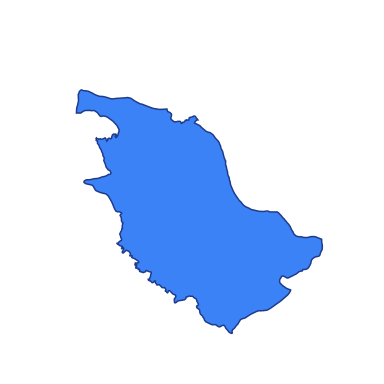 Logo Anseba, Gash Barka, Eritrea, rotated 151°
{"feature_id": "51966322B13118315425041", "entity_name": "Logo Anseba", "entity_type": "district", "adm_level": 2, "iso_a3": "ERI", "parent_name": "Eritrea", "parent_adm1": "Gash Barka", "projection": "orthographic", "projection_center": [38.674, 15.401], "detail": "fine", "context": "isolated", "style": "filled", "palette": "blue", "viewbox_px": 384, "rotation_deg": 151, "n_neighbors": 0, "source": "geoboundaries", "source_scale": "gbopen_adm2", "svg_char_len": 6060}
<svg xmlns="http://www.w3.org/2000/svg" viewBox="0 0 384 384"><g transform="rotate(151 192 192)"><path d="M220.7,52.4L217.9,53.7L216.3,54.1L211.6,56.8L210.1,56.9L206.7,56.1L200.0,56.6L193.1,56.2L191.2,55.8L189.6,54.8L187.4,53.9L187.0,53.5L186.3,53.4L184.7,52.6L182.8,52.2L179.4,52.3L167.1,53.7L158.1,55.6L155.4,56.8L153.6,58.0L153.2,58.6L155.3,60.9L156.1,62.0L158.2,66.4L159.1,69.7L159.0,70.8L158.0,72.5L157.4,73.1L155.7,73.9L154.8,74.7L153.8,74.7L152.9,74.2L152.2,73.4L150.8,71.0L150.2,70.5L149.4,70.2L140.5,69.8L137.0,70.4L135.5,70.1L133.7,69.5L132.8,70.4L129.9,69.2L128.5,69.0L127.1,69.2L124.0,71.0L122.6,72.1L120.9,74.2L119.0,75.2L116.0,75.5L112.2,74.4L111.1,74.6L108.4,77.1L106.3,78.4L105.8,79.0L104.5,81.0L103.7,82.6L103.0,85.0L101.5,87.8L105.9,93.2L107.8,94.4L109.8,95.4L112.7,96.1L114.6,97.0L116.6,98.3L117.7,99.5L119.7,100.7L121.3,102.0L122.3,103.1L123.3,105.9L123.0,108.1L123.2,110.8L122.9,114.2L123.1,116.9L123.7,119.1L124.0,121.6L124.5,123.0L124.5,124.1L124.7,124.3L125.1,125.8L125.6,128.9L125.9,129.5L126.3,131.5L127.1,133.2L133.5,136.8L134.8,138.5L136.4,139.4L138.6,140.1L142.7,142.6L148.8,148.1L149.6,149.6L152.1,153.0L153.2,155.0L153.9,158.2L154.0,159.5L154.8,161.8L155.5,169.2L155.5,172.8L154.8,179.5L153.5,183.2L153.6,183.8L152.4,186.9L152.6,187.5L152.3,189.7L151.8,191.1L151.4,191.7L150.6,194.9L149.5,198.2L149.7,198.9L148.0,202.2L147.5,202.7L147.6,203.3L147.2,206.6L145.5,212.9L145.6,213.5L145.4,216.6L144.6,218.8L144.7,220.0L144.3,221.8L144.5,224.5L144.8,225.2L145.4,227.7L145.8,231.6L146.8,234.1L147.6,235.4L149.3,236.9L150.5,238.8L152.4,243.9L152.9,246.1L154.8,249.0L156.1,250.6L156.3,251.2L156.1,251.5L154.0,252.4L152.6,252.5L151.9,252.2L152.1,253.9L152.4,254.6L152.4,256.3L152.7,256.9L153.5,257.6L155.9,257.6L157.4,258.2L158.1,258.2L158.7,258.1L159.3,257.1L159.9,256.6L160.9,256.8L161.5,257.7L162.4,257.5L163.0,258.0L163.7,257.5L165.1,257.1L165.8,257.0L166.4,257.5L168.0,257.1L168.2,257.5L167.9,258.4L168.2,259.6L170.2,260.7L171.3,260.9L173.5,261.9L175.0,265.5L174.8,266.5L174.6,267.1L173.5,268.1L172.5,269.3L172.2,270.4L172.8,272.3L174.2,274.0L174.2,274.7L173.7,276.8L176.5,278.0L180.4,280.0L185.3,283.8L188.9,287.9L193.1,293.0L194.8,294.4L197.9,299.3L199.9,303.3L200.9,304.5L202.6,305.9L204.7,306.7L212.9,310.6L216.3,311.9L218.1,313.2L220.8,316.2L223.6,318.7L226.7,320.7L229.5,323.9L231.1,326.6L233.8,330.3L235.2,331.5L237.7,333.2L239.3,335.0L241.6,334.6L244.3,332.3L247.1,326.7L250.3,323.1L252.1,321.4L254.8,317.1L251.0,315.0L248.1,315.3L246.5,315.2L245.6,314.9L242.0,313.0L240.1,311.6L238.3,310.9L237.8,310.3L236.3,307.5L235.6,303.0L235.0,302.2L232.5,301.4L230.6,299.7L229.6,298.3L226.8,292.3L225.4,286.6L225.5,282.4L226.2,280.6L227.7,279.4L229.3,277.6L230.6,276.8L232.0,276.4L232.3,276.9L232.2,277.9L231.9,278.2L230.6,278.3L230.5,279.5L230.9,279.8L231.4,279.8L232.1,280.5L232.6,280.7L233.0,280.3L233.6,280.6L233.9,280.5L235.4,279.2L236.4,278.0L237.0,277.8L237.4,278.1L238.3,279.2L239.3,279.3L240.0,279.2L240.5,278.3L241.9,277.8L241.8,279.5L241.5,280.5L241.8,281.5L244.4,281.6L245.4,281.9L246.5,283.1L248.1,283.3L248.3,284.1L249.4,285.1L249.4,285.6L249.9,285.4L250.1,285.2L250.3,283.7L250.8,283.4L250.2,282.5L250.2,281.9L251.0,280.7L251.1,279.9L250.7,278.5L251.2,275.5L251.0,272.6L251.3,271.8L251.6,268.3L252.3,266.9L252.2,264.3L253.9,262.3L254.3,258.7L255.0,255.3L254.6,252.1L253.5,250.6L253.5,248.1L254.4,247.3L255.3,247.2L256.4,247.8L258.3,247.7L260.1,247.8L263.5,248.8L267.4,249.4L271.3,251.1L275.2,252.2L278.5,253.9L280.8,253.9L281.8,253.0L281.5,251.9L280.7,250.6L276.1,246.5L275.6,245.3L275.6,240.8L275.2,239.5L272.8,236.4L270.7,234.3L268.2,232.1L267.2,229.2L267.1,226.7L267.0,222.3L267.9,214.7L267.8,212.1L266.6,210.6L265.6,210.3L264.8,209.5L263.8,208.0L263.8,207.4L265.6,206.9L266.3,206.3L266.2,204.4L266.9,202.4L267.7,201.0L267.8,200.0L267.3,198.6L267.4,198.3L268.1,198.0L268.5,197.1L269.4,196.3L270.1,195.2L270.1,194.4L270.3,194.1L271.2,193.9L272.2,192.5L273.6,191.8L275.7,190.1L275.6,188.9L276.2,187.3L276.6,184.3L277.2,183.9L278.3,184.0L280.3,183.7L281.4,182.9L282.2,183.5L282.5,183.5L282.5,182.8L281.0,179.9L279.3,178.3L279.5,177.8L280.8,177.1L280.9,176.5L280.2,176.2L279.2,176.5L278.9,176.2L279.1,175.7L279.9,174.8L282.1,173.4L282.3,172.6L281.9,172.1L281.4,172.0L277.9,172.9L277.5,172.8L277.0,171.9L276.3,171.3L275.8,170.1L275.7,168.1L275.9,167.7L277.3,166.4L277.0,166.0L275.4,165.4L275.3,165.1L276.4,163.9L276.3,163.6L274.7,161.8L272.5,157.6L272.6,156.4L273.1,156.2L274.4,156.5L275.9,157.4L276.3,156.8L276.9,156.6L277.2,155.5L276.7,155.1L275.8,155.3L275.7,155.0L276.1,154.6L277.0,154.3L277.2,154.0L277.0,153.5L277.2,153.3L277.5,153.4L278.0,153.0L277.9,152.5L276.8,152.1L276.5,151.8L276.5,150.2L275.8,150.2L275.4,149.8L275.7,148.6L276.2,148.2L276.2,147.8L273.6,145.1L272.9,145.1L271.2,144.8L270.6,145.5L270.0,145.6L268.6,143.6L266.5,141.6L266.8,140.9L267.9,140.0L269.4,138.1L270.9,137.1L271.5,136.4L272.6,136.9L272.8,136.5L272.8,135.9L272.2,134.9L271.4,134.2L270.8,132.0L269.8,131.7L267.7,132.4L267.4,132.2L267.2,131.8L267.9,130.8L268.0,130.0L267.7,129.1L267.8,128.5L267.6,127.5L265.9,127.1L265.5,126.7L264.5,123.0L263.5,122.1L262.5,121.7L262.1,121.0L262.2,119.1L263.2,118.6L263.3,118.2L262.8,117.2L262.5,115.9L262.3,115.7L261.9,115.8L260.3,117.0L259.6,116.7L259.1,115.8L258.6,113.4L258.0,111.8L256.6,110.1L256.5,109.0L256.7,108.6L257.2,108.0L259.5,106.9L259.9,105.8L260.8,104.2L260.8,103.5L260.5,103.2L259.5,103.1L256.9,103.5L251.0,101.4L249.1,101.7L248.2,102.8L247.8,102.9L246.5,102.5L245.4,102.5L244.8,102.4L243.9,101.5L243.2,101.2L242.0,100.4L241.3,98.2L240.3,96.7L240.2,95.9L240.7,93.8L240.7,90.9L241.2,90.2L241.6,90.1L243.1,90.0L243.5,89.6L243.8,88.8L243.7,88.0L242.6,85.6L242.7,84.8L243.5,82.9L243.8,81.3L243.6,80.3L242.9,78.4L243.1,77.1L242.8,76.1L243.2,73.7L242.8,71.7L239.3,66.8L238.4,65.9L236.2,64.9L235.7,64.4L234.0,61.2L232.8,60.5L231.8,60.6L230.0,60.5L229.2,60.2L228.6,59.7L228.3,58.6L228.5,56.5L227.9,54.1L227.6,51.8L227.0,50.4L226.0,49.2L225.6,49.0L225.2,49.2L224.9,49.5L224.7,50.6L223.5,51.8L223.1,51.8L222.8,52.1L222.2,52.0L220.7,52.4Z" fill="#3b82f6" stroke="#1e3a8a" stroke-width="1.5"/></g></svg>